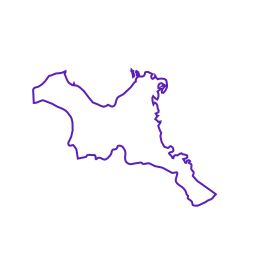 the border of Mie, rotated 284°
{"feature_id": "JPN-1843", "entity_name": "Mie", "entity_type": "Prefecture", "adm_level": 1, "iso_a3": "JPN", "parent_name": "Japan", "parent_adm1": "", "projection": "robinson", "projection_center": [136.438, 34.459], "detail": "fine", "context": "isolated", "style": "outline", "palette": "violet", "viewbox_px": 256, "rotation_deg": 284, "n_neighbors": 0, "source": "natural_earth", "source_scale": "10m", "svg_char_len": 3764}
<svg xmlns="http://www.w3.org/2000/svg" viewBox="0 0 256 256"><g transform="rotate(284 128 128)"><path d="M168.0,53.6L167.3,53.9L165.2,53.4L160.3,56.9L157.9,59.1L156.9,61.1L156.8,61.9L156.2,63.1L156.1,63.8L156.3,64.5L158.2,64.8L156.4,66.2L156.7,68.6L155.7,71.5L153.2,76.2L147.6,83.2L144.3,87.7L143.5,93.6L142.9,96.1L142.7,98.9L142.9,99.5L144.1,101.6L144.5,102.0L145.6,102.7L145.5,104.2L145.0,106.0L144.9,107.4L146.1,109.2L148.0,109.9L152.8,110.0L155.1,110.6L156.8,112.1L158.3,113.9L159.9,115.5L168.1,120.8L173.8,123.2L175.0,124.4L176.1,124.0L177.6,124.0L179.1,124.5L180.2,125.3L180.9,126.9L181.1,128.2L181.4,129.5L182.5,130.8L183.9,131.3L185.1,131.2L186.1,131.2L187.0,132.6L187.2,134.0L186.2,138.8L184.8,138.2L183.6,138.0L182.5,138.5L181.6,139.7L182.1,140.6L182.9,141.3L184.0,141.7L185.4,141.6L183.7,143.2L183.1,144.1L182.5,145.1L183.4,146.5L184.1,148.7L184.4,151.1L183.9,153.2L182.8,154.0L179.0,155.5L177.3,155.9L175.4,155.7L172.8,155.0L170.7,153.8L170.5,152.4L172.1,151.8L174.4,152.2L176.6,153.2L178.0,154.1L177.7,153.3L177.6,152.1L177.3,151.4L178.7,152.4L179.6,149.6L178.5,147.8L176.4,147.2L174.2,147.8L174.5,148.7L174.5,149.1L174.3,149.5L174.2,150.5L170.5,147.8L168.6,149.3L165.3,150.0L162.7,149.5L163.3,147.4L165.0,144.7L163.2,144.3L159.8,145.4L157.0,147.0L159.0,147.6L158.8,149.1L157.5,150.7L154.0,152.2L152.4,153.5L150.7,153.7L148.7,151.4L148.0,152.2L147.5,152.5L147.3,153.0L147.2,154.1L144.1,152.5L143.1,152.4L142.5,153.9L141.9,155.1L141.2,155.9L142.2,158.0L140.9,158.1L137.4,156.8L132.6,160.1L131.4,161.4L127.9,161.4L122.6,164.0L118.5,167.9L118.3,171.7L119.5,172.7L120.4,173.2L120.7,173.9L120.1,175.7L119.5,176.4L118.7,176.9L117.7,177.4L116.8,177.5L115.7,176.9L114.3,174.4L113.4,173.9L112.7,174.6L111.0,177.4L109.7,178.3L109.7,179.3L111.3,179.3L112.5,179.8L113.2,180.8L113.4,182.5L115.4,184.5L116.4,185.9L116.1,186.6L115.8,187.3L115.9,190.8L115.7,191.9L114.1,192.7L112.8,191.9L111.9,190.5L111.2,189.1L109.7,190.7L108.2,191.9L108.2,192.7L110.7,193.2L111.5,194.9L110.8,196.3L108.9,195.4L108.3,197.8L107.5,198.6L103.8,199.2L103.3,199.5L102.4,200.5L101.3,202.1L100.7,202.5L99.5,202.7L97.2,202.4L93.3,208.2L87.5,223.1L85.0,229.3L82.1,227.7L80.3,227.0L78.9,225.7L77.9,224.4L76.9,222.9L75.0,221.3L70.7,216.1L69.4,214.1L68.9,212.1L68.8,211.1L69.0,209.4L72.0,207.8L72.9,206.2L73.8,203.6L74.8,202.8L76.4,202.8L77.0,202.2L77.5,201.2L81.0,198.9L82.9,196.4L84.0,194.3L84.7,192.1L86.1,189.1L87.6,187.5L89.6,186.8L95.3,186.9L96.4,186.7L96.8,185.8L95.7,183.5L95.1,181.6L97.7,171.6L97.8,170.0L97.5,163.3L98.7,158.2L98.8,156.5L98.1,154.7L97.2,152.9L96.8,151.0L97.4,149.9L97.6,148.7L94.8,142.1L93.9,140.5L93.4,138.7L93.6,136.5L94.6,134.5L96.3,133.1L98.3,132.4L103.0,131.6L105.2,130.6L108.0,128.0L108.8,126.2L108.9,124.4L108.6,123.2L108.0,122.4L105.6,122.1L104.6,121.4L103.5,118.9L102.6,118.1L101.4,117.9L99.9,118.0L98.3,117.8L96.4,117.0L94.1,115.7L92.4,114.3L91.6,112.8L91.7,110.9L92.3,108.7L92.2,107.0L91.7,106.0L90.3,105.0L90.0,104.6L90.2,104.1L92.8,103.3L93.7,102.1L92.9,99.3L92.7,97.4L92.3,96.0L91.9,95.2L91.3,94.8L89.8,94.3L86.2,86.7L94.8,83.1L96.9,80.7L98.2,78.9L96.8,76.1L97.0,74.7L98.2,73.9L99.5,73.7L105.6,75.0L112.2,74.9L119.9,72.8L123.3,71.1L125.5,69.3L126.3,68.0L127.6,66.6L128.7,65.2L129.6,63.6L130.4,61.3L130.9,59.3L131.6,54.1L133.1,48.9L134.3,39.7L134.2,38.5L133.5,37.2L130.4,33.0L129.5,30.5L142.2,26.7L143.6,27.0L144.7,27.9L145.9,30.3L146.9,31.6L149.8,34.2L153.4,36.3L159.5,38.8L160.6,41.1L162.2,43.0L163.5,45.0L165.0,49.3L166.3,51.5L168.0,53.6ZM183.2,118.5L183.9,117.5L185.4,117.3L184.6,118.4L184.7,119.3L183.1,119.6L181.5,120.8L179.5,121.3L178.7,120.6L180.6,119.8L183.2,118.5ZM183.4,123.0L184.2,122.1L185.3,122.3L185.1,123.4L184.6,124.4L183.4,125.2L182.5,125.8L181.9,124.8L181.3,123.7L183.4,123.0Z" fill="none" stroke="#5b21b6" stroke-width="2"/></g></svg>